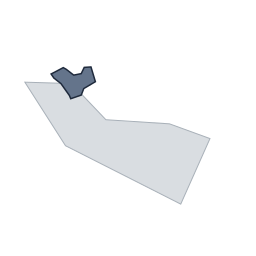 where Baie Lazare sits in Seychelles, rotated 149°
{"feature_id": "SYC-5203", "entity_name": "Baie Lazare", "entity_type": "state/province", "adm_level": 1, "iso_a3": "SYC", "parent_name": "Seychelles", "parent_adm1": "", "projection": "albers", "projection_center": [55.49, -4.757], "detail": "fine", "context": "in_parent", "style": "filled", "palette": "slate", "viewbox_px": 256, "rotation_deg": 149, "n_neighbors": 0, "source": "natural_earth", "source_scale": "10m", "svg_char_len": 505}
<svg xmlns="http://www.w3.org/2000/svg" viewBox="0 0 256 256"><g transform="rotate(149 128 128)"><path d="M190.7,145.0L192.8,220.4L153.6,195.2L142.7,146.5L90.3,110.2L63.2,76.7L122.0,35.6L190.7,145.0Z" fill="#d9dde1" stroke="#a8b0b8" stroke-width="1"/><path d="M152.4,213.1L150.7,210.1L147.3,201.3L140.1,198.7L134.3,202.5L128.3,199.4L132.1,184.5L145.6,184.6L151.1,180.3L162.0,182.6L161.5,186.0L162.6,200.6L165.8,208.9L166.1,213.9L152.4,213.1Z" fill="#64748b" stroke="#1e293b" stroke-width="1.5"/></g></svg>